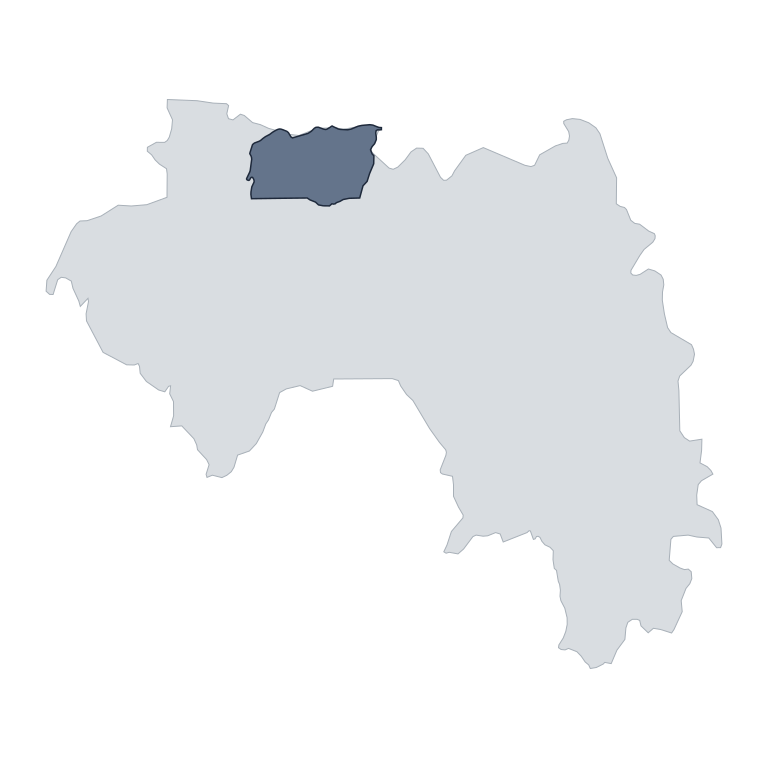 where Mali sits in Guinea
{"feature_id": "GIN-5652", "entity_name": "Mali", "entity_type": "Prefecture", "adm_level": 1, "iso_a3": "GIN", "parent_name": "Guinea", "parent_adm1": "", "projection": "robinson", "projection_center": [-12.225, 12.042], "detail": "fine", "context": "in_parent", "style": "filled", "palette": "slate", "viewbox_px": 768, "rotation_deg": 0, "n_neighbors": 0, "source": "natural_earth", "source_scale": "10m", "svg_char_len": 5069}
<svg xmlns="http://www.w3.org/2000/svg" viewBox="0 0 768 768"><path d="M483.1,536.2L476.1,535.1L472.9,536.6L463.6,549.0L458.0,553.9L449.2,552.3L446.1,553.2L443.8,551.8L447.0,545.0L451.4,531.5L462.9,517.9L463.2,515.1L458.5,507.1L453.5,496.3L453.5,484.7L452.5,476.3L442.4,474.0L440.5,472.6L440.2,469.8L445.9,455.3L446.4,452.3L445.7,449.8L439.4,442.3L429.7,428.7L412.9,400.5L406.6,394.6L400.7,386.0L398.4,380.6L392.2,378.6L333.7,379.0L332.6,386.3L312.5,391.2L300.1,385.6L286.3,388.9L279.6,392.6L274.4,409.0L271.5,412.5L268.5,419.9L265.8,423.9L262.8,432.0L256.3,443.6L249.4,451.0L237.6,455.1L234.0,467.2L231.3,471.7L226.8,475.3L221.9,477.6L212.4,475.2L207.0,477.4L206.1,474.3L209.1,464.7L206.7,459.7L197.5,449.7L196.7,444.9L193.9,438.7L181.8,425.9L170.5,426.7L173.6,415.9L173.5,401.6L169.7,393.8L170.6,385.8L168.6,386.3L164.8,391.8L158.7,390.0L146.4,381.5L140.2,373.3L139.5,366.3L138.1,363.5L134.3,365.0L126.6,364.8L103.1,352.4L86.5,320.9L86.1,313.8L88.5,301.6L88.0,298.3L80.3,306.4L78.8,301.0L73.0,288.4L71.3,281.1L65.7,277.9L61.2,277.3L57.7,279.7L53.1,294.5L49.6,294.4L46.1,291.2L46.9,280.2L55.9,266.5L71.1,231.7L76.6,223.8L80.0,221.0L87.1,220.7L101.1,216.0L118.2,205.2L131.3,206.0L146.8,204.7L167.0,197.3L167.2,173.9L166.5,168.7L159.4,164.1L155.2,160.0L151.6,154.8L147.3,151.2L147.4,147.3L156.4,142.3L164.6,142.4L167.3,140.5L169.3,137.1L171.7,128.7L172.5,119.8L167.1,107.9L167.4,99.5L197.0,100.7L213.2,103.1L226.5,103.7L228.6,105.6L226.8,113.8L228.5,118.7L233.0,119.9L240.4,114.2L244.3,115.5L252.6,122.6L260.3,124.6L268.7,128.4L276.7,130.6L283.7,130.3L289.0,134.3L298.9,135.5L311.6,130.5L321.6,128.2L335.7,127.7L343.1,129.4L364.5,125.3L381.3,127.6L378.7,130.4L371.0,149.0L371.9,152.3L389.1,168.1L393.2,169.3L397.8,167.1L405.2,159.8L411.0,151.9L416.6,148.1L423.1,148.3L428.3,153.9L440.5,177.3L443.6,180.3L446.5,180.2L451.9,175.9L454.6,170.8L465.8,155.3L483.3,147.6L524.9,165.3L531.0,166.6L534.6,165.3L539.7,154.8L555.4,145.9L562.8,143.4L567.1,143.1L568.8,140.3L569.5,136.0L568.7,131.6L563.8,123.6L563.7,121.3L566.4,119.8L572.4,118.6L580.1,119.4L588.8,122.8L595.9,127.8L599.9,133.7L607.8,158.4L616.6,177.8L616.3,203.8L620.2,206.4L624.5,207.5L626.5,209.6L630.8,220.3L634.8,223.4L639.6,224.2L648.6,231.0L654.4,233.7L655.2,235.8L655.0,238.6L652.8,242.2L644.1,249.4L639.8,255.5L631.0,270.3L630.8,273.0L632.7,275.0L636.3,275.4L640.2,274.3L648.4,269.0L654.8,270.9L661.0,275.0L663.2,279.2L663.8,284.8L662.5,292.0L662.3,300.1L664.4,313.9L667.6,327.6L670.9,332.6L691.5,344.7L693.5,349.2L694.5,354.3L693.1,361.3L691.0,365.2L679.7,376.0L678.0,381.1L678.9,390.6L679.8,430.8L684.3,437.6L689.6,441.1L701.9,439.2L701.6,450.3L700.0,462.9L707.2,466.7L710.9,470.5L712.9,474.1L701.5,480.7L698.2,484.6L696.7,495.1L697.1,504.7L712.4,511.6L718.3,519.7L721.0,528.1L721.9,544.0L720.6,547.6L716.6,547.7L708.8,538.0L696.9,537.0L688.1,535.1L673.4,536.4L670.9,539.3L669.2,560.3L672.8,563.9L679.8,567.9L684.4,569.6L688.3,569.1L691.2,571.7L691.8,578.6L689.8,583.7L686.0,588.4L681.2,600.6L682.2,611.7L674.0,629.5L671.6,633.0L660.6,629.5L653.4,628.3L648.2,632.8L641.0,625.9L639.7,620.4L637.1,619.3L632.3,619.3L627.8,622.3L625.9,627.9L624.9,639.4L616.9,650.2L611.2,663.6L604.7,662.4L603.3,664.0L596.3,667.5L590.3,668.5L588.7,664.9L585.2,662.0L581.3,656.3L576.9,651.7L568.5,648.4L565.1,649.9L561.1,649.5L558.5,647.7L558.9,644.9L563.3,637.9L565.8,631.4L567.2,624.4L567.1,617.7L564.8,608.2L560.9,600.7L560.0,596.3L560.4,590.1L559.6,584.4L558.3,581.3L556.5,570.4L554.3,568.4L553.0,559.7L553.3,550.7L550.1,547.3L544.9,544.8L541.9,541.3L540.0,537.4L538.1,536.3L536.5,536.5L535.1,538.9L533.4,539.4L530.4,531.0L529.1,530.7L527.0,532.6L503.2,542.0L500.2,534.0L495.6,532.6L487.7,535.8L483.1,536.2Z" fill="#d9dde1" stroke="#a8b0b8" stroke-width="1"/><path d="M369.8,124.7L372.9,125.1L378.9,127.5L381.4,127.6L381.4,129.7L379.7,129.9L377.5,129.8L376.1,130.7L375.7,133.0L376.3,137.2L376.3,139.6L374.6,143.7L372.0,146.7L370.5,149.8L372.2,154.0L373.9,155.7L373.7,163.8L369.6,173.5L367.1,181.4L363.0,185.8L360.8,193.9L359.7,198.0L349.3,198.3L343.2,199.5L339.9,201.4L336.3,202.7L335.4,203.7L333.6,204.1L331.9,203.8L329.5,205.9L323.2,205.8L318.5,204.9L315.5,202.1L310.0,199.9L307.2,198.0L296.5,198.1L279.7,198.3L251.5,198.7L250.9,194.4L251.0,191.8L251.8,186.9L254.0,182.2L254.1,181.7L254.1,181.0L254.0,180.2L253.6,179.1L252.9,177.9L252.6,177.5L252.2,177.3L251.5,177.3L251.0,177.6L250.5,178.2L249.7,179.7L249.2,180.2L248.8,180.4L248.3,180.3L247.6,180.1L247.0,179.8L246.6,179.2L246.6,178.6L249.7,172.1L250.2,170.6L251.7,159.3L251.6,158.6L251.6,157.9L251.1,156.1L249.8,153.7L250.0,152.6L252.5,144.7L253.3,143.9L254.5,143.0L259.3,141.2L260.3,140.6L261.3,139.9L262.6,138.7L265.5,136.6L269.7,134.4L272.6,132.2L273.3,131.8L276.0,130.2L277.8,129.4L279.3,129.0L280.9,129.1L282.8,129.7L286.8,131.3L288.4,132.6L291.0,137.0L292.5,137.9L308.0,133.4L311.3,131.3L314.4,128.2L316.0,127.3L318.3,127.2L323.8,129.2L325.7,129.5L326.9,129.2L330.4,127.1L331.4,126.3L331.8,126.1L332.5,126.1L332.8,126.4L338.3,129.0L340.2,129.4L347.7,129.8L351.1,129.1L358.1,126.2L361.9,125.4L369.8,124.7Z" fill="#64748b" stroke="#1e293b" stroke-width="1.5"/></svg>